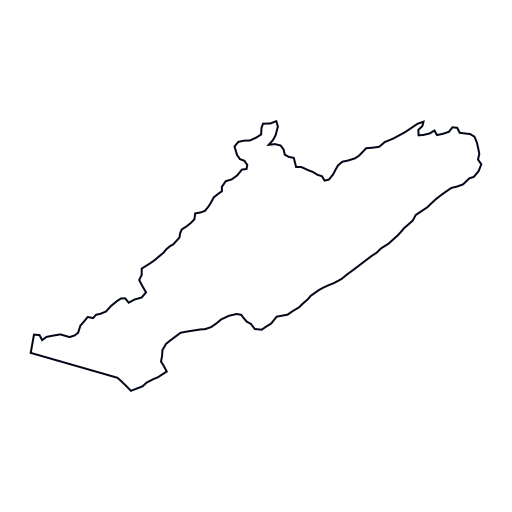 the district of Antonina do Norte, Ceará, Brazil
{"feature_id": "56859067B23036701332693", "entity_name": "Antonina do Norte", "entity_type": "district", "adm_level": 2, "iso_a3": "BRA", "parent_name": "Brazil", "parent_adm1": "Ceará", "projection": "mercator", "projection_center": [-39.98, -6.763], "detail": "fine", "context": "isolated", "style": "outline", "palette": "ink", "viewbox_px": 512, "rotation_deg": 0, "n_neighbors": 0, "source": "geoboundaries", "source_scale": "gbopen_adm2", "svg_char_len": 2571}
<svg xmlns="http://www.w3.org/2000/svg" viewBox="0 0 512 512"><path d="M34.0,334.6L30.7,352.9L117.5,377.8L121.3,381.2L126.2,386.0L130.9,390.8L142.6,386.3L146.6,382.6L153.8,378.9L157.7,377.4L166.7,371.5L163.5,365.4L161.0,361.6L162.1,355.7L162.4,350.2L166.0,343.9L169.8,340.8L177.2,335.3L180.5,332.8L186.0,331.7L194.3,330.4L200.6,329.4L204.9,329.2L211.1,327.1L216.8,323.1L221.2,319.4L228.9,315.8L236.6,314.0L241.2,314.8L244.0,318.5L246.8,321.7L250.9,323.9L254.8,329.0L261.7,329.7L266.0,326.7L271.1,323.6L276.6,316.7L281.3,315.8L287.5,314.7L292.4,311.3L299.2,307.2L302.6,303.8L308.0,299.1L310.6,295.9L314.7,293.0L319.0,290.0L323.5,287.5L327.7,285.6L334.1,283.0L341.5,279.0L346.6,274.8L356.1,267.8L365.1,260.9L371.4,256.1L376.6,252.7L381.0,248.4L388.5,243.7L397.8,235.3L401.0,231.9L403.9,228.3L408.0,224.8L412.7,220.6L415.8,214.9L419.2,212.7L422.6,210.4L427.3,207.3L431.3,203.4L435.7,199.3L442.1,194.3L451.2,188.0L457.5,186.4L463.0,184.4L469.4,178.3L473.8,176.9L478.7,171.0L481.3,164.3L478.0,159.5L479.3,153.8L478.3,148.8L476.9,142.6L474.5,136.7L470.2,134.1L459.7,132.8L457.2,127.8L452.5,127.3L448.9,131.8L443.3,133.7L437.0,135.1L434.4,130.5L429.8,133.4L423.2,135.0L418.6,135.3L418.3,130.0L422.4,126.0L423.5,121.7L417.5,123.8L413.6,126.4L408.6,129.8L405.1,132.1L401.5,134.1L397.8,136.1L393.2,138.6L384.8,142.0L379.2,146.8L371.8,147.8L366.2,148.2L362.4,152.2L359.1,155.6L355.1,158.3L347.8,160.6L342.4,161.7L338.0,165.4L335.6,169.6L333.1,174.4L328.9,179.6L324.6,180.6L321.9,176.2L317.5,174.8L312.7,171.9L308.2,170.2L301.3,167.0L296.1,167.0L295.0,162.7L293.8,157.9L288.8,156.9L284.8,154.7L283.5,149.3L280.6,145.5L274.9,144.1L268.7,144.8L272.9,140.2L275.6,135.3L276.8,130.6L277.9,126.6L276.3,121.2L270.2,123.5L263.0,123.7L261.5,128.0L261.1,134.5L256.4,137.5L249.8,140.5L243.7,140.7L238.3,141.9L234.5,146.5L237.0,154.9L239.9,159.1L244.4,160.8L247.3,165.0L246.5,169.0L241.9,169.6L237.2,175.4L231.7,179.4L225.7,181.2L221.9,186.8L221.9,191.3L218.5,193.6L213.8,197.3L210.7,203.0L208.5,206.5L204.9,210.9L200.8,212.4L195.2,213.4L194.4,219.3L190.9,222.9L186.4,226.5L181.8,229.4L180.1,233.3L179.5,237.5L176.6,240.7L173.3,244.3L169.8,246.3L166.3,249.3L163.5,252.7L160.0,255.6L154.3,260.4L149.4,263.8L145.8,266.0L141.7,268.6L141.7,274.9L139.2,280.0L141.9,285.3L146.0,292.3L141.7,297.5L134.6,299.5L128.7,302.7L125.3,298.4L121.1,298.4L117.0,301.1L111.2,305.8L106.0,311.5L100.4,313.8L96.0,314.8L93.1,318.1L87.7,317.0L84.2,321.3L80.4,325.6L78.1,332.8L74.5,335.5L69.6,337.1L60.4,334.4L53.1,335.6L46.5,336.9L42.1,340.1L39.5,335.1L34.0,334.6Z" fill="none" stroke="#020617" stroke-width="2"/></svg>